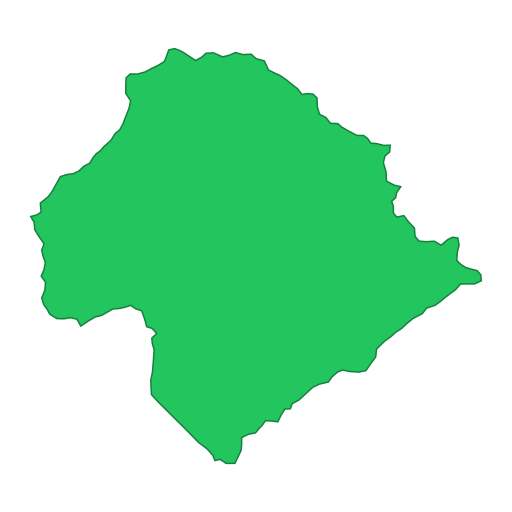 the district of Santa Isabel, São Paulo, Brazil
{"feature_id": "56859067B62308416840067", "entity_name": "Santa Isabel", "entity_type": "district", "adm_level": 2, "iso_a3": "BRA", "parent_name": "Brazil", "parent_adm1": "São Paulo", "projection": "albers", "projection_center": [-46.238, -23.295], "detail": "fine", "context": "isolated", "style": "filled", "palette": "green", "viewbox_px": 512, "rotation_deg": 0, "n_neighbors": 0, "source": "geoboundaries", "source_scale": "gbopen_adm2", "svg_char_len": 2555}
<svg xmlns="http://www.w3.org/2000/svg" viewBox="0 0 512 512"><path d="M226.1,463.4L234.9,463.4L237.8,457.3L241.1,450.4L241.7,443.7L241.6,437.6L248.3,434.3L255.5,432.9L258.7,428.9L262.4,425.1L265.4,420.7L271.3,421.0L277.9,421.8L280.9,415.5L284.9,409.0L290.3,408.8L292.3,403.6L299.0,400.0L305.2,394.2L312.7,387.3L319.4,384.1L328.4,382.0L332.1,376.7L337.5,372.1L342.6,370.0L349.6,371.5L358.9,372.1L365.9,370.6L371.2,363.0L375.7,357.0L376.5,349.1L384.6,341.2L390.6,336.9L395.8,332.2L401.7,328.4L406.2,324.1L412.8,318.6L417.2,316.3L422.3,313.7L426.6,308.1L434.8,305.4L439.9,301.9L443.9,298.5L449.5,294.1L455.4,289.8L460.6,284.0L467.9,283.9L474.6,283.9L481.3,280.8L480.8,274.8L477.1,270.6L471.5,269.2L465.6,267.5L460.8,264.4L456.7,260.4L457.4,251.9L459.1,245.0L457.8,238.0L452.5,237.2L447.4,239.8L441.2,245.2L434.3,241.2L426.3,241.7L419.0,241.1L415.1,236.3L414.4,228.1L407.9,221.1L403.8,215.6L396.7,217.1L393.4,212.9L393.4,206.3L391.6,201.3L395.6,197.8L396.7,192.6L400.7,186.7L394.3,185.2L386.5,181.1L386.0,171.8L383.4,162.7L384.9,156.0L389.7,151.9L390.2,145.2L383.6,145.4L377.1,143.7L370.8,143.1L367.8,138.7L363.6,135.5L356.9,135.4L348.3,130.9L341.6,127.0L337.8,123.6L330.4,123.3L325.9,117.5L319.5,114.2L317.3,106.7L317.0,97.9L313.0,94.1L307.4,93.6L302.0,94.5L297.5,88.7L293.2,85.4L286.8,80.2L280.1,75.5L274.7,73.1L268.5,70.0L264.3,60.9L256.0,58.6L251.2,54.2L242.9,54.6L235.5,52.5L229.4,55.2L222.6,56.9L213.7,52.9L206.0,53.2L201.7,57.2L195.6,60.5L189.7,56.6L184.6,53.2L179.7,50.5L174.7,48.6L168.8,49.9L166.5,56.3L164.3,61.6L158.2,65.3L151.5,68.5L145.0,72.0L137.2,74.1L130.3,73.9L126.1,77.8L125.8,85.4L125.8,93.4L130.6,100.8L129.0,108.4L125.0,118.4L122.9,124.1L119.6,130.0L115.4,133.2L110.8,140.5L103.9,146.6L100.5,150.6L96.2,153.8L93.0,157.7L89.7,163.2L84.1,166.1L78.7,171.1L73.2,173.7L66.4,174.6L60.4,176.6L55.5,185.3L52.3,191.2L48.0,196.9L40.3,203.1L41.1,212.1L36.6,215.0L30.7,216.5L34.2,222.4L34.7,229.6L39.2,236.9L44.1,243.9L41.7,250.0L43.0,256.0L45.4,262.5L43.9,270.0L41.2,276.1L45.5,282.2L44.9,290.0L41.7,298.0L43.8,304.7L47.0,309.0L49.8,314.3L56.9,318.6L63.9,318.8L70.4,317.7L76.9,319.2L80.8,326.1L88.0,321.2L95.4,316.9L101.6,315.4L107.2,312.2L112.9,309.0L120.0,308.4L125.0,307.2L130.7,305.4L136.1,309.0L141.6,310.7L143.5,315.7L145.3,321.4L146.7,326.7L152.1,328.4L156.7,333.6L151.8,338.1L152.3,343.5L154.2,350.0L153.7,355.9L153.2,363.3L152.4,372.4L150.8,380.0L151.0,386.0L151.5,394.7L158.8,402.6L186.1,429.7L192.1,435.8L198.6,442.5L207.1,448.9L212.8,455.3L214.9,460.5L220.2,459.4L226.1,463.4Z" fill="#22c55e" stroke="#15803d" stroke-width="1.5"/></svg>